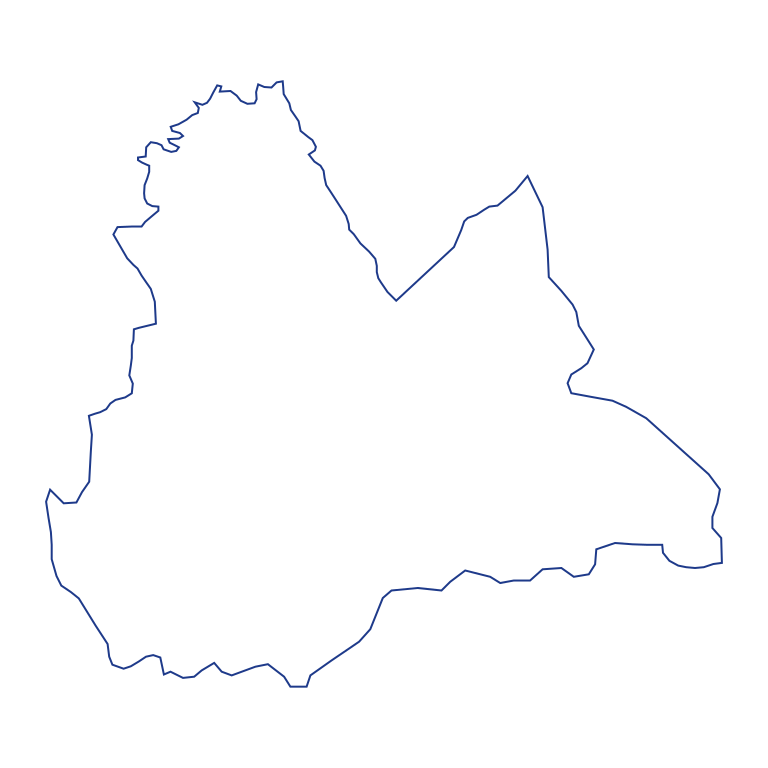 the district of Pokok Sena, Kedah, Malaysia
{"feature_id": "92858781B89628207244995", "entity_name": "Pokok Sena", "entity_type": "district", "adm_level": 2, "iso_a3": "MYS", "parent_name": "Malaysia", "parent_adm1": "Kedah", "projection": "orthographic", "projection_center": [100.516, 6.166], "detail": "fine", "context": "isolated", "style": "outline", "palette": "blue", "viewbox_px": 768, "rotation_deg": 0, "n_neighbors": 0, "source": "geoboundaries", "source_scale": "gbopen_adm2", "svg_char_len": 2804}
<svg xmlns="http://www.w3.org/2000/svg" viewBox="0 0 768 768"><path d="M721.9,562.9L721.2,538.0L712.4,528.0L712.4,516.8L717.4,503.1L719.9,489.3L708.7,474.3L646.2,418.2L626.3,406.9L612.5,400.7L591.3,396.9L571.3,393.2L567.6,383.2L571.3,374.5L581.3,368.2L587.5,363.2L593.8,349.5L587.5,339.5L578.8,325.8L576.3,312.0L572.6,304.6L561.3,290.8L548.8,277.1L547.6,249.6L542.6,207.2L527.6,176.0L515.4,190.7L497.5,205.6L489.3,206.6L484.2,209.7L476.5,214.8L467.8,217.9L464.2,221.4L461.2,230.1L454.0,247.0L396.2,300.7L387.5,292.0L380.9,282.3L378.3,278.2L376.8,272.1L376.8,265.9L375.3,258.8L369.1,251.6L360.4,243.4L353.8,234.2L349.2,229.6L348.7,224.0L346.1,215.8L334.9,198.4L330.3,191.3L326.2,185.1L324.6,178.0L323.6,170.8L320.5,165.7L314.4,161.6L308.8,154.5L314.9,150.4L315.9,146.8L312.4,140.1L308.3,137.1L300.6,130.9L298.6,121.2L295.5,116.6L290.9,110.0L289.3,103.3L283.7,94.1L283.2,87.2L282.7,81.3L276.6,82.4L271.5,87.5L264.3,87.0L258.2,84.4L256.1,92.1L256.6,99.2L254.6,103.3L247.4,103.8L240.8,100.8L236.7,95.6L230.5,91.0L219.8,91.6L221.3,86.4L217.2,85.4L213.2,92.6L210.1,98.7L207.0,102.8L202.4,104.8L194.7,102.3L198.8,107.9L197.8,113.0L192.2,115.1L186.6,119.7L178.4,124.3L170.7,126.8L172.2,130.9L179.9,133.0L183.0,136.0L178.9,138.6L168.2,139.1L169.7,142.7L174.8,145.2L178.9,147.3L176.3,150.9L171.2,151.9L163.6,149.3L161.5,145.2L156.9,143.2L150.8,142.2L146.2,147.3L145.7,156.5L138.0,157.5L138.0,160.1L142.1,162.6L146.7,164.7L149.2,165.7L149.2,171.8L147.2,178.5L144.6,185.1L144.1,193.3L144.6,198.4L147.2,203.5L152.3,206.1L158.4,206.6L158.4,210.7L152.3,215.8L145.1,221.9L141.6,226.5L136.4,226.5L132.9,226.5L117.5,227.1L113.4,234.5L127.2,258.3L133.4,264.9L137.5,268.5L141.6,275.6L146.2,282.3L150.8,288.9L154.8,301.7L155.9,323.7L139.0,327.8L133.9,329.3L133.4,340.6L131.8,345.7L131.8,351.8L131.8,358.0L130.8,365.7L129.3,375.4L132.8,383.6L131.8,393.3L125.2,397.4L115.5,399.9L110.3,403.5L106.3,409.1L100.1,412.2L95.0,413.7L88.9,415.8L91.9,434.7L90.8,452.1L89.2,481.7L82.0,492.1L76.4,502.5L63.7,503.3L50.1,489.7L46.1,501.7L48.5,517.7L50.9,532.1L51.7,544.8L51.7,559.2L56.5,576.0L61.3,585.6L70.8,592.0L78.8,598.4L95.6,625.6L107.6,644.0L109.2,656.7L112.4,664.7L123.6,668.7L130.8,666.3L138.8,661.5L146.0,656.7L153.2,655.1L160.3,657.5L163.9,674.5L170.5,671.7L183.0,677.9L194.2,676.7L201.7,670.4L214.2,662.9L221.7,671.7L231.7,675.4L255.4,666.7L267.9,664.2L284.1,676.7L290.4,686.7L306.6,686.7L310.4,675.4L331.6,660.4L359.1,641.7L370.3,629.2L382.8,598.0L391.5,590.5L417.7,588.0L441.5,590.5L450.2,581.8L465.2,570.5L490.2,576.8L500.2,583.0L513.9,580.5L530.1,580.5L542.6,569.3L561.4,568.0L573.8,576.8L588.8,574.3L595.1,564.3L596.3,549.3L615.0,543.0L632.5,544.3L647.1,544.8L662.2,544.8L663.0,552.8L669.4,560.8L678.2,565.6L686.2,567.2L695.0,568.0L703.8,567.2L713.4,564.0L721.9,562.9Z" fill="none" stroke="#1e3a8a" stroke-width="2"/></svg>